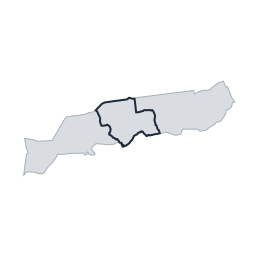 Togo, with Centre highlighted, rotated 263°
{"feature_id": "TGO-89", "entity_name": "Centre", "entity_type": "Region", "adm_level": 1, "iso_a3": "TGO", "parent_name": "Togo", "parent_adm1": "", "projection": "natural_earth1", "projection_center": [0.902, 8.593], "detail": "fine", "context": "in_parent", "style": "outline", "palette": "slate", "viewbox_px": 256, "rotation_deg": 263, "n_neighbors": 0, "source": "natural_earth", "source_scale": "10m", "svg_char_len": 4303}
<svg xmlns="http://www.w3.org/2000/svg" viewBox="0 0 256 256"><g transform="rotate(263 128 128)"><path d="M130.1,24.1L129.1,28.8L127.1,34.6L125.8,36.4L124.9,50.5L125.6,51.7L126.0,52.0L132.2,56.8L140.4,63.0L146.1,67.4L146.6,68.9L146.7,78.2L146.7,86.1L147.9,90.6L148.2,95.0L149.6,98.4L154.9,104.8L156.2,108.6L156.4,120.7L156.5,129.9L157.1,142.4L157.1,152.9L157.2,166.1L157.2,181.6L157.2,197.8L153.7,198.0L155.6,203.0L155.9,207.5L156.4,209.0L155.4,211.2L156.2,214.6L157.7,215.8L161.6,222.6L162.9,228.3L156.7,230.2L157.1,231.7L145.4,234.7L140.8,237.2L140.7,234.8L139.0,234.3L136.9,233.5L135.7,232.3L133.9,229.4L133.2,227.2L130.5,226.8L127.1,224.3L123.9,221.4L122.8,218.6L123.1,217.2L122.6,215.9L121.5,215.3L118.6,208.8L116.9,206.2L116.0,204.1L116.3,202.5L115.9,200.3L116.5,198.5L118.0,197.5L118.5,196.2L118.7,193.5L119.5,187.8L120.1,182.3L118.5,180.8L116.5,180.3L115.4,178.7L115.0,176.1L115.1,173.9L119.0,166.0L118.2,147.9L118.8,145.1L120.6,143.2L122.1,141.0L122.0,138.8L119.4,133.4L114.5,129.2L111.9,125.8L110.5,122.8L110.3,121.2L113.3,118.9L114.7,117.2L114.8,115.3L113.6,111.9L113.8,105.7L115.0,101.1L116.2,95.2L116.0,93.4L113.1,89.9L111.6,89.4L110.3,89.7L107.2,92.0L106.1,92.2L105.4,91.6L105.1,90.6L106.2,89.2L105.8,87.5L106.7,86.0L108.6,85.3L109.2,84.5L106.6,83.8L106.3,82.7L106.5,81.7L107.2,81.5L108.1,81.6L108.5,80.9L108.9,75.8L109.2,74.1L109.6,70.6L110.0,57.0L110.6,55.6L110.7,54.6L108.8,54.0L104.5,50.3L102.0,47.5L99.8,44.7L97.9,42.8L94.3,39.9L93.2,38.0L93.1,36.2L94.2,32.5L95.9,28.6L96.8,22.9L96.3,21.4L93.9,18.8L102.4,20.8L114.5,24.2L114.8,24.8L114.8,25.8L116.9,25.8L120.4,24.6L130.1,24.1Z" fill="#d9dde1" stroke="#a8b0b8" stroke-width="1"/><path d="M113.7,120.0L114.1,119.7L114.2,119.2L114.3,118.5L114.5,117.9L115.5,117.6L116.3,117.3L117.0,116.5L117.2,116.4L117.8,116.4L118.1,116.3L118.3,116.1L118.4,115.8L118.4,115.5L118.3,115.3L118.2,115.2L118.1,114.8L118.1,114.6L118.3,114.4L119.8,113.3L119.9,113.1L120.0,112.9L120.1,112.6L120.1,112.4L120.2,111.9L120.4,111.7L120.6,111.6L121.3,111.5L121.5,111.3L121.9,110.9L122.0,110.8L122.0,110.7L123.0,109.8L123.2,109.6L123.3,109.4L123.4,109.1L123.5,108.9L123.7,108.6L123.9,108.6L124.2,108.7L124.5,108.7L124.8,108.7L125.3,108.7L125.5,108.8L125.6,109.0L125.7,109.4L125.8,109.6L127.0,110.1L127.3,110.2L127.7,110.2L128.0,110.2L128.6,110.5L128.8,110.6L129.0,110.6L129.3,110.6L130.7,110.2L131.4,110.1L131.6,110.0L132.0,109.8L132.5,109.3L133.0,108.7L133.6,108.1L133.8,107.8L133.8,107.6L133.4,106.5L133.3,106.1L133.3,104.5L133.3,103.7L133.3,103.2L133.4,102.7L133.5,102.2L133.7,101.9L133.8,101.8L135.1,101.5L137.9,101.0L138.5,101.0L140.3,101.5L140.8,101.5L141.5,101.5L146.6,99.8L147.3,99.8L148.0,99.4L149.5,98.1L149.7,98.4L152.7,102.0L155.0,104.8L155.7,106.4L156.0,107.4L156.2,108.6L156.3,114.0L156.4,118.8L156.4,122.8L156.5,128.6L156.5,129.9L156.6,130.4L156.7,130.9L157.7,132.3L157.9,132.8L157.7,133.5L156.5,135.9L156.4,136.2L156.4,137.0L156.3,138.1L142.6,138.0L142.6,138.3L142.6,138.5L142.4,138.9L142.4,139.1L142.4,141.0L142.5,141.5L142.7,142.1L142.8,142.3L142.8,142.8L142.8,143.1L142.9,143.5L143.0,143.8L142.9,144.5L143.0,144.9L143.1,145.1L143.2,145.3L143.5,145.6L143.6,145.8L143.6,146.0L143.7,147.1L143.6,147.4L143.5,148.1L143.4,148.6L143.4,149.4L143.2,150.4L143.2,151.4L143.2,151.7L143.1,151.9L142.6,153.1L142.5,153.3L142.6,153.5L142.9,154.0L141.6,155.1L140.5,155.5L137.4,156.3L136.7,156.3L136.1,156.2L135.5,156.1L135.1,155.9L134.8,155.8L133.2,155.4L132.8,155.2L132.3,155.2L128.7,155.8L128.2,155.7L127.8,155.6L127.6,155.7L127.2,156.3L126.9,156.5L126.6,156.7L123.6,157.1L123.2,157.3L122.6,157.7L122.3,158.0L122.1,158.2L121.6,158.5L119.7,158.7L118.9,158.9L118.5,156.0L118.6,154.4L118.6,153.5L118.2,151.9L118.1,149.9L117.9,148.8L118.1,148.5L118.4,148.2L118.6,147.7L118.5,147.1L118.2,146.7L117.9,146.4L117.8,145.9L117.8,145.3L118.0,145.2L118.3,145.1L118.6,145.0L119.9,143.7L120.5,143.2L122.2,142.4L122.8,141.9L123.0,141.3L122.9,140.2L122.7,140.0L122.3,140.0L122.2,139.8L122.1,139.6L122.2,139.2L122.1,138.5L122.1,138.0L122.0,137.6L120.6,136.2L120.1,134.6L119.4,133.0L117.0,131.6L116.0,130.8L115.1,129.9L114.5,129.0L113.0,127.8L111.5,125.4L110.4,122.7L110.1,121.1L110.1,120.6L110.3,120.2L110.8,120.1L111.2,120.3L111.6,121.2L112.0,120.7L112.3,120.0L112.1,119.8L112.5,119.7L112.8,119.7L113.2,119.9L113.7,120.0Z" fill="none" stroke="#1e293b" stroke-width="2"/></g></svg>